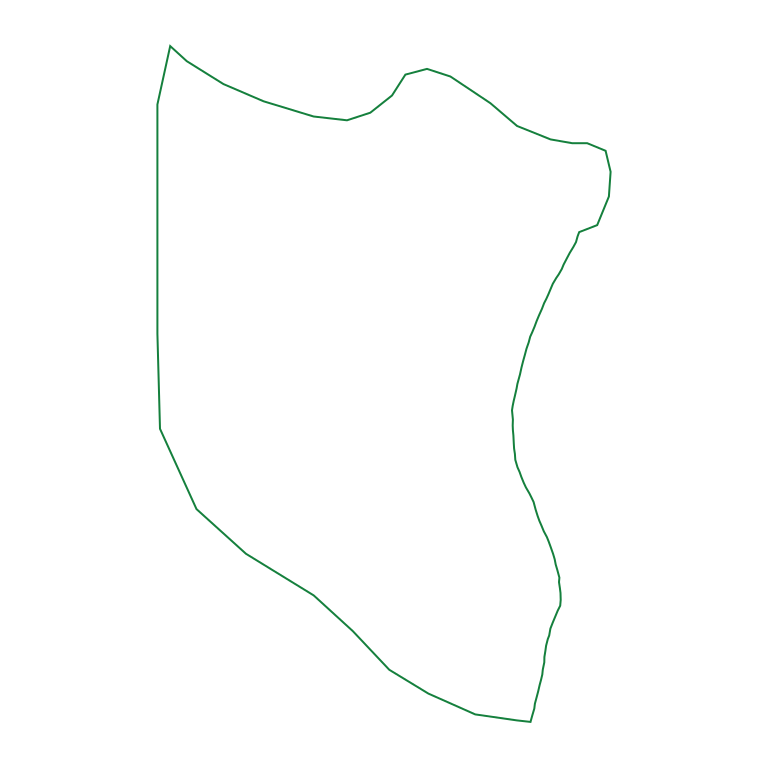 the district of Grande Riviere/White Rock, Gros Islet, Saint Lucia
{"feature_id": "8701671B44431410980873", "entity_name": "Grande Riviere/White Rock", "entity_type": "district", "adm_level": 2, "iso_a3": "LCA", "parent_name": "Saint Lucia", "parent_adm1": "Gros Islet", "projection": "robinson", "projection_center": [-60.954, 14.036], "detail": "fine", "context": "isolated", "style": "outline", "palette": "green", "viewbox_px": 768, "rotation_deg": 0, "n_neighbors": 0, "source": "geoboundaries", "source_scale": "gbopen_adm2", "svg_char_len": 1583}
<svg xmlns="http://www.w3.org/2000/svg" viewBox="0 0 768 768"><path d="M170.2,46.1L157.4,104.5L157.4,220.5L157.4,274.1L157.4,333.6L160.0,428.8L196.5,509.1L246.0,553.8L313.7,595.4L352.8,631.1L389.3,669.8L428.4,693.6L475.2,714.4L516.9,720.4L530.5,721.9L532.3,715.4L534.3,708.6L534.9,703.7L536.7,697.0L538.2,691.3L539.7,684.8L541.0,680.0L542.3,674.5L542.8,669.6L544.3,662.3L544.4,657.0L545.4,650.8L546.1,645.7L547.8,639.1L549.2,635.5L550.4,628.6L552.7,622.7L555.5,616.0L557.7,610.7L560.2,605.7L560.7,600.0L560.5,593.0L559.9,588.1L559.0,582.1L559.4,577.7L557.3,569.9L555.7,564.5L554.7,559.3L553.1,553.9L550.6,546.8L548.7,541.6L546.9,537.1L543.8,531.3L541.5,525.7L539.4,520.9L537.6,515.9L535.6,509.5L533.6,502.0L531.3,497.2L529.4,493.4L525.9,487.4L523.7,482.7L521.3,476.8L519.6,472.0L517.5,467.3L515.3,459.8L514.9,453.9L514.1,448.6L513.8,443.7L513.4,435.5L512.9,430.1L512.7,425.5L512.9,419.6L512.0,410.3L512.7,405.8L513.7,400.9L514.9,395.9L516.6,388.4L517.4,383.9L518.9,378.4L520.0,374.4L521.5,367.5L523.1,361.2L524.8,355.1L526.5,348.7L528.7,342.4L530.2,336.7L532.2,332.3L534.5,326.8L536.7,320.9L539.0,315.4L542.0,308.7L544.1,303.2L546.3,298.9L548.3,294.5L550.4,289.5L552.8,283.8L556.3,277.9L558.7,274.4L561.8,269.0L563.6,264.6L567.1,257.9L569.8,252.8L573.4,246.9L576.0,242.1L577.6,236.3L579.2,232.1L597.2,225.1L608.9,196.5L610.6,171.8L605.6,150.8L587.2,143.2L572.2,143.2L550.5,139.4L517.1,126.0L490.4,103.2L450.4,76.5L427.0,68.9L405.4,74.6L392.0,95.5L370.3,112.7L347.0,120.3L313.6,116.5L263.6,101.3L223.5,84.1L186.8,61.2L170.2,46.1Z" fill="none" stroke="#15803d" stroke-width="2"/></svg>